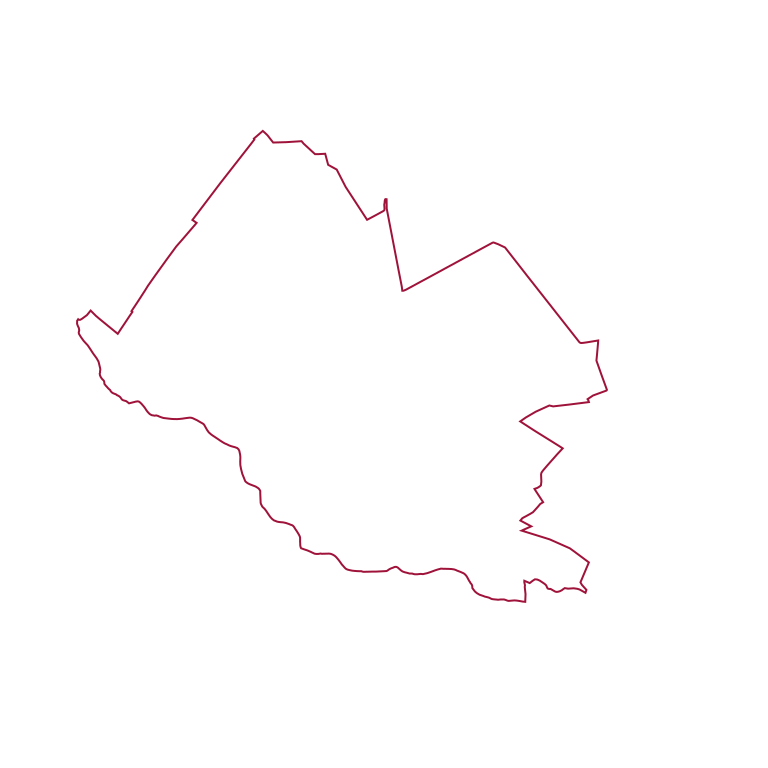 Galanesti, Suceava, Romania, rotated 216°
{"feature_id": "2599482B27745550572599", "entity_name": "Galanesti", "entity_type": "district", "adm_level": 2, "iso_a3": "ROU", "parent_name": "Romania", "parent_adm1": "Suceava", "projection": "robinson", "projection_center": [25.817, 47.903], "detail": "fine", "context": "isolated", "style": "outline", "palette": "rose", "viewbox_px": 768, "rotation_deg": 216, "n_neighbors": 0, "source": "geoboundaries", "source_scale": "gbopen_adm2", "svg_char_len": 5960}
<svg xmlns="http://www.w3.org/2000/svg" viewBox="0 0 768 768"><g transform="rotate(216 384 384)"><path d="M630.8,517.5L633.5,506.0L632.6,505.6L632.7,501.2L634.5,449.8L635.4,404.1L630.3,404.2L632.0,383.2L632.9,373.2L633.0,357.8L632.9,336.9L632.7,324.5L632.3,319.3L631.6,306.2L631.1,294.5L629.9,294.4L629.8,289.5L629.4,280.1L629.2,274.5L628.9,268.1L636.0,268.5L651.8,269.4L657.1,269.8L661.6,270.5L664.5,271.0L664.8,265.3L665.4,263.2L666.8,258.9L667.5,257.4L668.4,256.7L668.9,256.5L669.5,256.6L669.4,254.7L668.9,254.1L667.7,252.3L665.8,251.0L663.9,250.0L662.2,248.4L661.2,246.2L660.3,245.3L657.0,243.9L652.5,242.4L650.2,241.9L646.6,241.2L643.2,240.0L637.5,237.8L631.6,235.9L628.1,234.3L627.0,233.4L622.9,229.9L621.8,228.7L621.3,227.5L620.5,226.5L620.1,225.3L618.9,224.1L617.2,223.1L615.5,222.5L614.7,222.3L613.3,222.1L612.6,222.0L611.4,221.1L610.3,219.8L609.4,219.5L608.0,219.1L605.9,218.7L604.7,218.4L603.2,218.2L601.9,218.1L600.8,217.5L599.1,217.2L597.8,217.3L596.2,217.7L595.1,218.0L594.3,218.1L593.4,218.0L592.9,218.2L591.0,218.4L589.6,218.3L588.4,217.9L587.2,217.5L586.3,217.4L585.3,217.6L584.2,218.0L582.5,218.6L581.0,218.6L579.2,218.5L578.9,218.5L575.9,222.1L574.5,223.8L573.2,225.1L572.0,225.7L570.4,225.7L568.4,225.4L565.0,224.6L562.8,223.9L561.1,223.2L559.2,222.6L557.3,222.2L555.9,222.0L554.5,222.1L553.2,222.4L552.2,223.0L551.0,223.5L549.8,224.7L547.9,225.4L546.6,225.6L544.5,226.2L542.4,226.9L539.9,228.3L537.2,229.8L534.8,231.2L532.4,232.8L530.6,234.1L528.7,235.7L526.5,237.7L525.0,239.2L523.1,241.0L521.6,242.4L520.3,243.3L518.7,243.9L516.5,244.3L513.9,244.8L510.6,245.1L508.2,245.4L506.3,245.5L505.1,245.1L502.5,243.9L499.6,242.6L498.4,242.3L497.5,241.9L496.3,241.8L494.4,241.6L492.2,241.6L490.1,241.7L485.2,241.9L483.4,241.9L480.4,242.1L478.2,242.3L475.5,242.9L473.1,243.3L471.0,243.9L467.3,245.3L465.1,245.9L463.5,245.7L461.9,245.0L458.9,242.3L457.2,240.4L454.7,236.7L452.6,234.0L449.8,231.3L445.8,228.0L440.7,224.8L439.5,224.0L438.7,223.7L437.4,223.6L436.2,223.6L434.6,223.8L433.2,224.1L427.6,225.6L424.9,225.8L423.6,225.7L422.2,225.2L421.2,224.7L420.3,223.4L414.6,216.2L413.9,215.3L413.0,214.6L412.0,214.1L411.1,213.6L410.2,213.2L408.6,213.0L407.2,212.8L405.1,212.2L400.5,210.5L397.9,209.6L395.5,209.1L393.8,209.0L392.7,209.0L391.4,209.4L389.7,209.8L388.8,210.2L387.9,210.6L385.5,212.0L384.2,212.8L381.7,213.9L380.1,214.4L378.4,214.9L376.7,215.3L375.6,215.7L374.4,215.8L373.1,215.6L370.4,214.5L367.6,213.5L364.5,212.2L363.1,211.5L362.3,211.0L361.4,210.2L360.8,209.3L360.1,208.4L359.2,207.1L358.1,205.8L357.2,204.6L356.6,203.9L356.0,203.4L355.4,202.9L354.5,202.4L353.5,202.7L351.7,203.2L348.6,204.2L347.9,204.4L346.1,204.8L344.8,205.1L343.6,205.3L342.1,205.6L340.5,205.9L338.9,206.7L337.3,207.9L335.6,209.6L334.5,210.1L329.0,214.3L327.9,215.0L326.6,215.5L325.2,215.8L323.7,216.0L322.3,216.0L321.3,215.9L319.9,215.6L317.8,215.1L315.8,214.5L314.3,214.0L312.8,213.5L312.0,213.2L310.9,213.0L309.1,212.6L307.8,212.3L306.5,212.1L305.5,212.2L304.5,212.4L302.9,213.0L300.0,214.3L298.1,215.4L296.6,216.3L294.9,217.4L293.4,218.4L292.4,219.2L291.3,219.5L290.4,219.9L289.4,220.6L282.2,226.1L280.0,227.7L274.4,232.2L272.1,234.1L271.5,235.1L271.2,236.2L270.7,237.5L269.9,239.0L268.6,240.9L267.9,242.2L267.1,242.9L266.3,243.4L264.6,243.6L263.2,243.4L260.8,243.2L259.0,243.2L256.8,243.8L254.6,244.7L251.9,245.7L250.2,246.9L249.4,247.4L248.7,247.5L247.2,248.2L245.3,249.6L242.6,252.0L240.7,253.1L240.1,253.8L239.5,254.5L237.9,256.3L235.5,259.7L233.1,263.3L231.8,265.1L230.8,266.4L230.1,267.2L229.6,267.9L228.7,268.6L227.8,269.1L223.5,272.1L220.6,274.0L218.3,275.2L216.7,275.7L215.1,276.0L213.3,276.5L211.8,276.9L210.0,277.3L208.5,277.6L207.3,277.7L206.2,277.5L205.0,277.3L203.9,276.9L202.9,276.5L201.5,275.8L199.4,274.8L198.2,274.4L197.0,273.8L195.6,273.5L194.4,272.9L193.6,272.1L192.5,270.8L191.8,270.6L190.6,270.2L189.5,269.9L188.5,269.6L187.3,269.5L185.8,269.4L184.1,269.6L182.8,269.7L180.9,270.3L179.3,270.8L177.4,271.3L175.5,272.1L174.2,272.6L173.0,273.0L171.9,273.1L171.0,273.3L170.2,273.5L168.5,274.4L166.0,275.9L164.9,276.5L163.7,277.6L162.7,278.5L161.4,279.4L160.1,280.3L158.3,280.9L157.5,281.1L156.8,281.3L155.8,281.7L155.3,282.1L153.6,283.6L151.4,285.5L149.5,286.7L147.8,287.6L146.6,288.2L145.8,288.6L143.9,289.5L141.7,290.8L146.0,297.2L150.8,302.5L151.7,304.1L154.0,306.1L154.8,307.3L149.1,308.6L148.1,312.1L147.1,314.7L145.1,315.9L143.4,316.3L142.2,316.5L139.6,316.6L136.9,316.7L135.3,316.6L134.2,316.3L132.7,315.4L131.5,314.8L130.8,314.9L129.7,315.4L128.8,316.1L126.0,316.4L123.4,316.7L122.1,317.3L121.2,318.1L120.0,319.6L118.9,321.7L118.6,322.9L117.8,325.1L114.8,326.6L110.5,330.2L107.3,331.9L105.0,332.7L98.3,333.5L99.2,336.4L101.0,336.8L105.8,337.8L108.5,339.0L109.2,342.1L111.7,352.8L113.4,360.1L130.9,360.3L137.1,360.3L147.4,358.1L158.6,355.7L161.6,354.7L186.4,346.3L186.1,346.8L185.9,347.3L181.2,355.4L193.4,353.7L193.2,356.7L192.4,358.5L191.5,360.3L189.4,364.8L188.1,367.9L187.3,375.4L187.1,378.7L185.8,381.9L200.2,387.4L200.6,387.6L198.8,390.2L197.7,393.0L197.5,394.3L199.3,397.5L203.8,403.2L204.5,404.9L204.5,407.7L204.0,414.1L202.6,428.7L201.6,437.0L203.5,436.9L212.4,436.3L234.9,434.7L251.8,433.8L249.6,440.2L245.0,450.7L237.6,463.8L234.0,465.3L222.1,476.2L207.6,489.8L209.2,491.0L210.4,491.4L210.3,491.7L208.1,497.6L200.2,509.4L200.2,510.3L213.1,519.0L225.9,527.8L228.6,532.4L235.0,543.1L236.3,545.1L244.4,536.9L247.1,534.3L248.4,533.2L249.1,532.8L250.3,532.6L278.9,540.7L332.2,555.8L357.6,563.1L366.3,565.6L373.8,564.2L378.5,562.9L379.2,562.2L386.0,548.0L401.1,516.3L411.5,494.4L414.2,488.8L421.7,473.1L423.0,471.0L424.0,470.2L426.7,473.1L439.5,485.0L484.9,527.5L490.5,535.0L491.3,534.6L491.6,534.1L491.2,532.9L489.9,530.7L489.2,529.2L487.5,527.2L486.4,525.8L485.9,524.9L486.1,523.8L490.1,515.3L494.2,506.9L530.9,520.9L548.3,529.7L558.0,528.5L566.9,535.7L571.7,531.8L574.9,529.4L590.3,531.2L593.4,532.0L605.1,522.3L615.6,514.2L620.9,515.7L624.3,516.7L627.0,517.1L630.8,517.5Z" fill="none" stroke="#9f1239" stroke-width="2"/></g></svg>